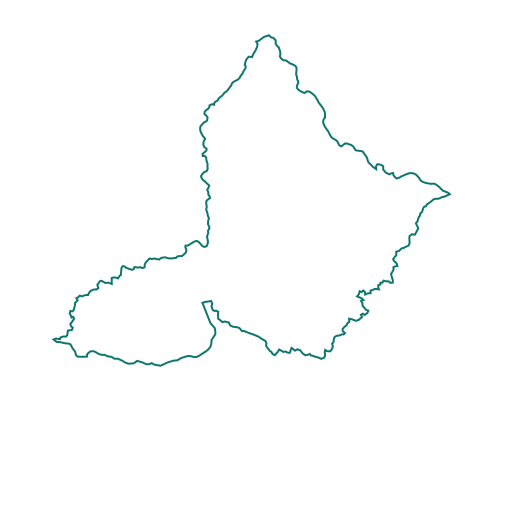 Faina, Goiás, Brazil, rotated 306°
{"feature_id": "56859067B6165476818632", "entity_name": "Faina", "entity_type": "district", "adm_level": 2, "iso_a3": "BRA", "parent_name": "Brazil", "parent_adm1": "Goiás", "projection": "mercator", "projection_center": [-50.379, -15.446], "detail": "fine", "context": "isolated", "style": "outline", "palette": "teal", "viewbox_px": 512, "rotation_deg": 306, "n_neighbors": 0, "source": "geoboundaries", "source_scale": "gbopen_adm2", "svg_char_len": 6120}
<svg xmlns="http://www.w3.org/2000/svg" viewBox="0 0 512 512"><g transform="rotate(306 256 256)"><path d="M69.5,141.3L69.3,145.2L70.9,147.6L73.4,153.3L74.7,155.3L75.5,157.7L73.5,161.9L72.3,165.8L70.0,168.7L69.7,170.7L71.6,173.7L75.2,178.4L77.4,177.1L79.8,177.6L81.5,178.1L83.5,180.5L84.0,182.8L84.3,186.3L85.3,189.2L87.0,191.6L87.6,194.8L89.5,198.5L89.7,201.8L91.7,204.7L92.7,209.4L92.9,212.6L93.9,216.1L97.3,220.2L101.3,221.5L103.1,226.5L103.9,230.6L105.6,233.2L108.1,234.6L108.3,237.4L111.0,243.1L114.4,245.2L117.6,246.8L123.0,250.9L125.1,253.4L127.3,254.6L129.1,255.2L133.7,258.5L135.6,260.3L136.7,262.3L137.4,264.4L139.0,267.0L141.9,268.7L145.9,270.1L149.5,271.6L152.4,272.3L155.5,272.5L158.4,271.6L162.0,269.4L168.8,269.1L170.9,267.5L173.4,265.1L175.0,258.5L186.6,240.2L188.3,241.3L193.2,246.1L191.7,248.7L189.2,249.5L187.0,252.5L187.0,254.7L188.3,255.7L188.7,258.2L186.6,259.5L183.0,262.3L183.1,265.0L182.7,267.7L184.5,269.0L186.2,273.0L184.7,276.0L185.3,279.1L187.1,282.2L188.0,284.9L187.0,288.8L188.3,290.4L189.3,294.8L191.0,300.3L192.3,305.7L192.3,309.0L192.8,313.5L191.6,315.7L189.4,316.8L188.6,318.7L187.4,322.7L187.4,325.0L186.5,326.9L186.8,329.5L191.8,330.0L193.9,329.7L194.3,331.8L194.4,334.4L196.0,335.9L196.5,338.7L197.5,340.2L202.5,338.8L202.6,340.7L202.3,343.1L204.9,344.4L205.7,347.2L204.6,351.1L204.6,354.2L206.8,356.2L208.4,357.1L207.8,358.7L208.6,360.6L209.3,363.1L210.3,365.3L211.1,369.1L213.5,370.8L215.5,370.7L217.0,369.8L218.7,368.0L220.7,367.2L220.7,369.3L222.5,372.1L226.3,372.1L228.5,370.9L229.7,369.1L232.0,369.3L233.6,368.3L236.2,367.2L238.6,368.0L240.8,370.2L243.0,371.5L244.1,373.0L245.9,373.3L246.3,370.2L247.8,369.0L250.2,369.1L253.4,370.0L255.4,369.5L257.6,370.2L260.0,368.2L261.2,370.8L262.2,374.7L264.2,376.5L269.0,377.7L270.1,375.4L272.1,376.3L272.0,378.4L275.2,379.6L277.8,379.0L277.1,376.3L278.0,373.5L278.3,371.5L280.3,370.0L281.4,367.4L283.6,368.8L283.8,366.5L283.4,364.3L282.7,361.5L285.2,361.7L288.5,360.6L288.9,362.6L291.2,363.2L290.9,365.2L289.0,367.0L291.4,368.3L293.2,370.6L295.3,369.0L297.4,370.5L299.3,371.5L301.3,375.1L302.6,373.2L304.5,372.1L305.9,373.4L307.6,372.4L308.8,374.0L311.0,373.6L311.9,376.0L313.5,378.3L313.2,380.4L314.9,382.3L316.8,381.0L319.4,377.5L320.9,375.8L324.1,375.6L326.2,375.1L327.6,373.8L329.3,374.5L330.9,376.3L332.2,375.0L333.0,372.8L333.0,370.9L334.1,368.8L336.9,368.8L339.0,369.1L342.0,366.9L344.1,368.7L347.7,369.3L349.6,370.9L351.9,372.0L354.0,373.3L356.9,372.6L360.6,369.5L362.5,368.5L365.2,369.3L366.6,372.0L372.1,371.3L373.8,371.0L375.6,367.6L376.6,366.1L379.0,366.3L381.1,365.4L383.3,364.8L384.9,364.9L386.8,363.9L389.4,364.4L392.8,363.2L394.6,363.1L396.3,364.3L398.1,363.9L402.2,365.4L406.0,366.3L407.8,367.5L409.0,369.3L410.7,370.8L413.2,371.9L414.5,373.4L419.9,376.5L420.1,374.2L418.7,368.7L419.6,363.3L419.6,358.9L418.9,357.1L417.2,355.1L414.9,350.5L414.0,347.2L413.9,344.6L415.2,341.6L415.9,337.9L415.6,335.4L414.1,332.6L413.0,331.3L411.2,330.0L405.5,326.6L403.9,326.1L401.4,324.3L401.5,322.0L402.2,319.7L403.7,318.1L402.3,316.8L400.3,315.7L399.8,311.8L400.7,308.1L403.4,306.1L403.3,304.0L402.6,301.8L401.3,300.1L399.0,300.5L396.9,302.2L396.9,297.6L397.4,295.6L397.8,292.1L398.8,290.4L400.8,288.0L403.3,280.7L400.1,274.6L401.8,270.1L401.8,267.8L400.5,263.7L399.6,262.1L397.8,261.4L394.9,260.7L394.5,258.5L396.7,253.9L396.7,251.8L396.3,249.6L396.4,247.4L397.2,245.1L399.2,241.3L400.4,237.7L401.6,234.7L403.2,232.2L404.7,231.0L406.3,230.4L408.7,230.4L412.7,227.3L414.7,223.7L415.6,221.4L416.9,216.8L419.7,210.9L420.3,208.5L420.5,204.5L420.3,202.2L418.8,200.2L416.3,199.4L415.7,196.5L415.4,193.2L415.7,191.0L417.6,189.0L420.0,188.7L422.0,187.7L423.0,185.6L425.1,183.7L426.5,181.7L430.6,179.3L432.6,177.5L432.9,175.0L432.4,172.4L431.8,170.4L431.9,165.4L430.5,163.2L430.5,160.5L431.4,158.2L433.4,157.2L435.3,155.7L438.1,151.9L438.5,149.2L439.1,147.3L442.1,145.1L442.7,142.1L441.7,139.5L442.2,136.7L437.7,133.6L431.8,131.8L429.6,130.1L428.4,132.7L426.0,133.9L422.0,134.8L417.5,135.1L414.7,135.9L412.9,132.9L409.3,132.7L407.1,133.3L404.1,134.5L403.4,136.1L401.8,137.2L398.3,137.3L394.9,137.9L392.7,137.6L390.7,138.1L387.9,137.6L383.8,135.5L381.6,135.1L379.2,135.7L372.1,135.5L369.6,134.5L365.8,134.4L363.1,133.5L361.4,133.3L359.1,133.6L357.6,132.7L355.7,132.2L353.7,133.2L353.1,131.3L350.6,129.9L348.7,130.8L346.7,130.7L344.8,129.9L342.6,129.7L340.6,130.8L340.4,133.0L339.7,135.3L336.9,136.8L335.2,136.4L333.8,135.5L331.2,135.1L328.1,134.9L326.3,135.8L324.4,137.6L322.7,140.5L321.9,142.5L320.9,146.0L318.2,146.3L315.4,147.6L313.7,150.1L313.8,152.9L312.2,153.9L307.1,152.8L305.6,154.2L306.7,155.5L306.4,157.9L304.8,159.0L301.8,162.9L299.8,164.1L298.3,165.6L295.6,166.2L293.5,164.8L290.7,164.4L288.2,164.6L287.1,166.3L286.3,168.4L286.4,170.2L285.8,174.1L285.6,176.7L283.3,177.4L280.9,177.6L279.6,179.9L277.8,181.2L277.1,183.2L276.0,184.7L271.9,183.5L270.0,184.2L266.5,187.5L264.4,188.3L261.8,191.9L260.4,193.2L258.9,195.7L256.2,196.7L253.7,198.3L251.6,201.7L249.9,202.2L248.0,202.4L246.8,203.7L242.9,205.0L239.6,208.5L237.8,209.6L235.1,210.3L233.0,209.0L232.6,206.5L233.7,201.6L233.4,199.1L231.3,197.6L224.3,194.7L223.0,192.9L221.5,193.7L220.5,195.5L218.9,196.8L217.1,197.2L212.5,196.2L211.1,194.3L209.5,192.7L207.4,192.4L206.2,190.9L204.6,189.5L202.7,186.6L201.6,183.4L200.3,181.9L198.5,180.3L196.3,179.8L195.2,177.6L194.3,175.3L192.3,173.5L191.4,171.3L186.0,170.6L183.8,171.0L181.3,172.5L179.3,171.0L179.0,169.0L177.7,167.8L176.5,166.0L175.7,164.2L173.1,164.7L171.8,163.6L170.1,157.9L170.4,156.0L169.4,154.1L167.2,154.2L161.3,157.8L159.7,157.3L156.8,157.5L156.1,155.2L155.0,153.4L153.4,152.2L148.6,155.7L147.7,152.3L145.6,149.9L145.2,145.6L143.8,144.5L139.4,144.6L137.5,147.2L135.7,147.0L133.2,144.2L130.5,142.7L127.7,142.6L125.7,143.1L124.4,141.2L120.8,138.6L120.5,136.8L117.9,136.3L116.3,135.5L115.4,137.7L111.8,137.2L109.4,138.6L105.0,140.3L103.3,140.0L102.4,138.1L100.0,139.1L99.0,141.2L97.8,142.9L99.3,143.8L98.4,145.7L94.8,145.9L92.0,145.7L90.6,147.4L90.2,150.0L87.8,150.5L85.1,147.6L81.2,149.8L79.1,149.7L77.6,147.4L75.3,145.7L73.7,146.3L72.6,144.8L71.8,142.8L69.5,141.3Z" fill="none" stroke="#0f766e" stroke-width="2"/></g></svg>